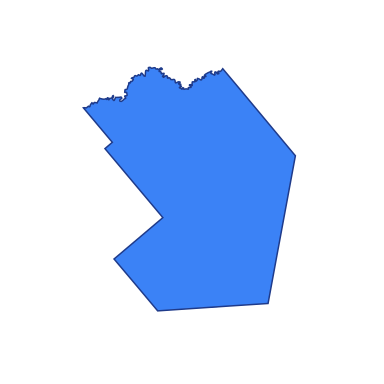 outline of Pirane, Formosa, Argentina, rotated 140°
{"feature_id": "61730980B72104600250977", "entity_name": "Pirane", "entity_type": "district", "adm_level": 2, "iso_a3": "ARG", "parent_name": "Argentina", "parent_adm1": "Formosa", "projection": "mercator", "projection_center": [-59.332, -25.781], "detail": "fine", "context": "isolated", "style": "filled", "palette": "blue", "viewbox_px": 384, "rotation_deg": 140, "n_neighbors": 0, "source": "geoboundaries", "source_scale": "gbopen_adm2", "svg_char_len": 6017}
<svg xmlns="http://www.w3.org/2000/svg" viewBox="0 0 384 384"><g transform="rotate(140 192 192)"><path d="M230.8,281.2L230.8,244.1L230.8,236.7L230.8,232.0L230.8,231.1L230.8,191.1L267.8,190.9L294.8,190.8L294.7,160.3L294.7,147.9L294.7,126.1L294.7,124.0L294.7,123.0L238.1,81.7L205.4,57.7L162.8,92.9L161.8,93.7L89.5,153.3L89.5,162.0L89.3,216.8L89.2,242.4L89.2,265.1L89.2,266.7L90.0,266.5L90.9,266.3L91.5,266.2L92.2,266.1L92.6,266.1L92.8,266.1L93.1,266.4L93.3,266.7L93.5,266.9L93.6,267.2L93.8,267.4L94.2,267.6L94.8,267.5L95.2,267.2L95.4,266.9L95.1,266.3L95.0,265.9L95.4,265.5L95.9,265.6L96.5,266.0L96.6,266.9L96.5,267.8L96.5,268.5L96.8,268.9L97.1,269.1L97.4,269.1L97.7,268.9L98.2,268.4L98.6,267.7L99.0,267.1L99.3,267.1L99.6,267.1L99.8,267.4L100.0,267.9L100.4,269.1L101.0,270.1L101.2,270.6L101.2,270.9L101.0,271.2L100.6,271.4L99.6,271.5L99.3,271.9L99.7,272.3L100.2,272.4L101.0,272.4L101.6,272.6L102.2,272.8L103.1,273.1L104.5,273.3L106.0,273.6L107.0,273.5L107.5,273.4L107.5,273.0L107.3,272.8L106.9,272.4L106.9,272.0L107.0,271.7L107.3,271.6L107.5,271.7L107.8,272.0L108.0,272.3L108.4,272.5L108.7,272.5L108.9,272.3L108.9,271.9L109.1,271.7L109.4,271.4L109.7,271.5L109.9,271.6L110.1,271.8L110.1,272.1L109.7,272.6L109.6,273.1L109.7,273.4L110.1,273.5L110.5,273.4L110.8,273.1L112.2,271.9L112.6,271.8L112.9,272.0L113.3,272.3L113.8,273.9L114.4,274.9L114.6,275.4L114.9,275.5L115.2,275.3L116.1,274.4L116.9,274.2L117.4,274.2L117.5,274.3L117.5,274.7L117.2,275.7L117.1,276.0L117.3,276.1L117.6,276.1L117.8,276.1L118.1,275.7L118.2,275.3L118.4,274.8L118.6,274.6L118.9,274.6L120.0,275.4L120.5,275.9L121.0,276.1L121.3,276.0L121.6,275.5L121.9,275.2L122.3,275.0L122.7,274.5L123.0,273.8L123.4,273.5L123.7,273.5L123.8,273.6L123.9,273.9L123.7,274.5L123.9,275.0L124.4,275.4L124.9,275.7L125.2,275.6L125.3,275.5L125.4,275.2L125.2,274.5L125.1,273.5L125.2,273.1L125.4,272.9L125.6,272.8L125.8,272.9L126.0,273.1L126.4,273.4L127.2,274.1L127.8,274.2L128.5,273.2L128.8,273.2L129.0,273.4L129.2,273.6L129.5,274.1L129.8,274.4L130.6,275.0L131.1,275.4L131.7,275.6L132.1,275.8L132.2,276.0L132.1,276.5L131.6,277.2L132.0,277.7L132.2,277.8L132.4,277.8L132.8,277.4L133.2,277.2L133.5,277.2L133.7,277.4L133.8,277.7L133.9,278.5L134.0,278.8L134.2,279.2L134.5,279.5L134.6,279.8L134.6,280.0L134.3,280.2L133.9,280.2L133.1,279.8L132.4,279.6L132.2,279.8L132.2,280.3L132.5,280.8L132.6,281.3L132.4,281.6L132.2,281.6L131.8,281.6L131.4,281.7L131.4,282.0L131.8,282.5L132.4,282.8L132.7,283.0L132.7,283.3L132.6,283.6L132.3,283.6L131.7,283.6L131.2,283.6L130.6,283.7L130.5,284.0L131.1,284.7L131.7,285.2L132.7,285.5L133.4,285.7L134.1,285.9L134.3,286.0L134.4,286.4L134.2,287.0L133.9,287.4L133.5,288.1L133.3,288.5L133.2,289.4L133.6,290.0L134.6,290.5L135.9,291.7L135.7,293.3L136.0,294.1L136.3,294.4L137.1,294.6L137.3,294.8L137.5,295.0L137.3,295.5L136.6,296.1L136.5,296.5L136.5,296.9L136.8,297.5L137.2,297.8L137.6,297.8L138.0,297.9L138.3,298.2L138.7,298.6L139.2,298.2L139.7,298.0L140.1,298.2L140.2,298.9L140.2,299.5L138.4,300.0L137.6,300.4L137.2,300.8L137.5,301.2L138.1,301.7L138.8,301.8L139.4,302.3L139.4,302.5L139.1,302.8L138.9,303.2L138.8,303.6L138.7,303.9L138.7,304.2L139.0,304.7L139.3,305.1L139.6,305.3L139.6,305.6L139.4,305.8L139.1,306.0L138.3,306.1L137.5,305.9L136.8,305.5L136.2,305.2L135.7,305.3L135.6,305.7L135.7,306.5L135.9,306.9L136.4,307.1L138.0,307.2L138.7,307.4L139.2,307.7L139.2,308.2L139.2,308.4L139.4,308.7L139.8,308.8L140.2,309.0L140.5,309.3L140.5,309.8L140.4,310.5L140.5,311.0L140.8,311.3L141.3,311.6L141.9,312.0L142.8,312.3L143.4,312.7L143.6,312.9L143.7,313.7L143.8,314.2L144.8,315.1L145.3,315.2L145.8,315.1L146.0,314.4L147.0,313.1L147.3,312.9L147.6,312.8L147.8,313.0L148.1,313.6L148.3,314.2L148.8,314.6L149.2,314.7L149.6,314.6L150.0,314.2L150.4,313.9L150.7,313.6L151.1,313.2L151.4,312.8L151.9,312.4L152.4,311.9L153.0,311.3L153.5,310.9L154.0,311.4L154.2,311.9L154.1,312.4L154.1,312.7L154.0,313.9L154.0,314.5L154.1,315.4L154.6,315.6L155.0,315.5L156.4,314.7L156.8,314.6L157.0,314.8L157.2,315.2L157.4,315.9L157.7,316.3L158.2,316.2L159.4,316.2L159.8,316.4L160.1,316.7L160.4,317.3L160.7,317.7L161.2,317.8L161.8,317.7L162.4,317.3L163.2,317.3L163.7,317.7L164.6,318.0L165.0,318.1L165.3,318.0L165.0,317.2L164.5,316.1L164.8,315.8L165.3,315.7L166.2,315.4L166.9,315.4L167.3,315.5L167.6,315.9L167.9,316.1L168.1,316.1L168.5,315.9L168.8,315.5L169.1,315.3L169.3,315.3L169.5,315.5L169.7,315.9L170.0,316.2L170.3,316.2L170.5,316.1L170.9,315.4L171.6,314.9L172.2,314.7L172.9,314.3L173.9,313.7L174.9,312.9L175.5,312.6L175.8,312.6L176.3,312.7L176.7,312.9L177.2,313.4L177.7,313.3L179.4,311.7L179.3,311.2L179.0,311.0L178.2,310.5L178.1,310.3L178.7,309.1L179.0,308.6L179.3,308.1L179.8,307.7L180.5,307.9L181.2,308.5L181.6,308.7L181.9,308.7L182.1,308.4L182.3,307.7L182.4,306.6L182.7,306.4L182.9,306.5L183.6,306.7L184.4,306.8L185.8,306.6L186.9,306.7L187.8,306.8L188.4,307.3L188.7,307.7L188.8,307.9L188.7,308.4L188.5,308.6L188.0,309.0L187.3,309.1L186.6,308.9L185.7,308.8L185.3,309.3L185.2,310.0L185.4,310.4L185.9,310.8L186.4,311.0L186.9,311.3L187.9,312.1L188.8,312.8L189.7,313.6L190.4,313.3L192.6,312.2L193.0,312.3L193.2,313.2L193.2,314.1L192.9,314.7L192.4,314.7L191.6,315.1L191.2,315.3L190.8,315.6L190.5,315.8L190.4,316.1L190.4,316.5L191.1,316.6L191.7,316.2L192.7,315.7L193.3,315.7L193.8,315.9L194.3,316.2L194.7,316.6L195.2,316.5L195.8,316.2L196.3,316.1L196.5,316.3L196.7,316.5L196.7,316.9L196.5,317.3L195.9,317.6L195.8,318.1L196.2,318.5L196.7,318.4L197.3,317.8L197.8,317.8L197.9,318.5L198.1,318.9L198.7,319.0L199.3,319.4L200.0,319.8L200.5,320.5L201.2,321.1L201.5,321.7L202.1,322.4L202.4,323.2L203.0,323.1L203.8,322.5L205.0,322.2L206.6,321.6L207.5,321.2L207.8,321.7L208.1,322.1L208.6,322.7L209.0,323.2L209.7,323.4L210.4,323.0L211.2,323.0L211.3,323.5L211.2,324.2L211.3,324.7L211.5,324.7L212.0,324.5L213.3,324.3L214.0,324.0L214.8,323.4L215.5,323.1L215.9,323.4L216.0,323.6L216.0,324.0L216.2,324.3L216.4,324.3L217.1,324.3L218.2,324.3L218.9,324.4L219.8,325.3L220.5,326.0L221.1,326.3L221.1,325.1L221.1,303.4L221.1,285.0L221.1,281.3L230.8,281.2Z" fill="#3b82f6" stroke="#1e3a8a" stroke-width="1.5"/></g></svg>